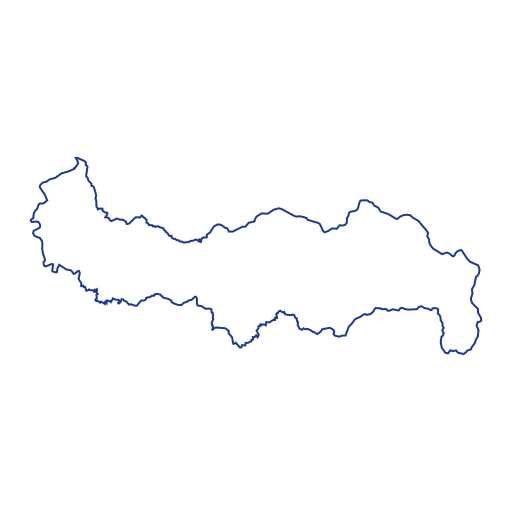 Neira, Caldas, Colombia (Mercator projection)
{"feature_id": "7082276B80634315286729", "entity_name": "Neira", "entity_type": "district", "adm_level": 2, "iso_a3": "COL", "parent_name": "Colombia", "parent_adm1": "Caldas", "projection": "mercator", "projection_center": [-75.515, 5.192], "detail": "fine", "context": "isolated", "style": "outline", "palette": "blue", "viewbox_px": 512, "rotation_deg": 0, "n_neighbors": 0, "source": "geoboundaries", "source_scale": "gbopen_adm2", "svg_char_len": 6005}
<svg xmlns="http://www.w3.org/2000/svg" viewBox="0 0 512 512"><path d="M445.3,352.7L448.0,353.4L450.2,350.3L452.6,351.1L456.1,350.4L457.9,352.7L463.6,354.0L466.0,352.3L467.1,350.7L471.0,349.3L471.6,347.5L475.1,342.6L475.5,340.5L477.8,336.4L478.5,330.1L476.8,326.2L476.7,324.8L477.9,322.0L480.1,321.6L481.3,320.6L481.0,317.9L478.1,312.8L478.0,309.0L472.2,303.1L471.1,300.2L471.0,298.3L472.5,293.5L471.9,289.3L474.3,285.2L476.0,276.8L477.6,275.7L478.9,273.5L479.6,269.5L478.2,265.4L470.1,261.8L466.9,258.3L461.6,250.2L460.4,250.1L457.7,251.1L455.6,253.0L454.5,255.5L453.5,256.2L452.5,256.2L449.8,253.8L447.8,252.8L446.6,252.6L442.2,254.2L433.1,248.6L430.5,245.3L429.2,242.2L429.1,239.4L427.3,236.4L428.0,233.1L426.5,230.5L418.4,220.9L412.6,217.5L410.3,215.3L406.8,214.7L403.4,215.2L400.2,216.6L397.4,218.9L396.2,218.9L388.2,214.0L380.6,211.5L378.2,207.6L374.2,205.6L372.5,202.7L369.5,202.0L367.3,200.3L361.3,200.4L360.3,200.9L359.4,202.6L358.1,207.9L357.1,209.6L355.3,210.9L350.6,211.7L349.0,212.9L348.5,215.5L347.0,218.1L346.8,222.7L345.2,224.8L342.9,225.6L339.8,225.2L336.7,228.8L332.3,228.4L328.2,231.0L324.6,232.3L323.2,231.1L319.8,224.0L318.0,222.9L307.9,219.9L306.4,218.0L303.9,217.2L299.5,216.2L296.9,216.6L294.8,216.2L281.6,209.0L278.6,208.3L273.5,209.8L267.8,213.7L261.6,213.4L256.5,216.6L254.6,220.1L254.5,221.4L248.7,222.8L245.4,226.6L242.5,226.7L232.7,231.6L229.0,231.6L227.3,228.4L225.0,227.7L221.8,225.3L219.2,224.4L217.2,224.6L213.8,226.5L210.1,232.5L206.9,234.6L206.7,237.4L203.4,237.5L201.9,238.4L200.8,242.0L199.4,241.6L200.2,240.5L199.9,239.5L199.3,239.3L198.0,240.6L195.8,239.5L192.6,240.9L190.7,240.9L189.0,242.0L183.5,242.5L181.5,241.5L179.9,241.6L178.6,240.3L176.6,240.1L175.0,238.8L173.7,238.9L172.3,238.1L171.3,236.8L171.4,235.8L169.3,235.9L167.1,232.6L165.5,231.8L165.4,230.9L163.7,229.7L163.4,228.3L159.1,227.0L158.7,226.4L156.3,226.3L155.2,227.0L153.8,225.9L152.8,226.3L152.1,225.2L148.8,225.1L148.0,223.2L146.4,222.5L146.7,219.9L145.6,219.2L144.7,217.7L143.4,217.4L142.1,215.6L141.2,215.8L140.1,217.4L135.6,217.3L129.2,223.5L127.2,224.0L126.6,223.9L126.1,221.8L123.0,219.8L119.3,219.5L116.9,218.5L111.5,221.1L110.0,220.3L108.6,217.8L105.3,217.3L107.1,214.6L107.3,212.8L105.1,212.5L103.1,211.1L102.4,210.3L102.5,208.7L100.6,208.5L97.8,209.3L97.6,207.9L96.5,206.7L96.2,200.4L95.5,198.5L96.2,195.3L94.0,187.5L93.2,186.3L91.5,186.0L91.4,183.6L88.5,180.8L87.7,178.0L86.1,176.2L87.5,166.4L85.7,164.8L86.0,162.9L84.8,161.2L77.8,158.0L75.8,158.1L77.5,160.8L78.2,163.3L75.9,166.8L74.2,168.2L74.5,168.7L68.8,171.3L61.7,173.3L55.2,177.9L49.8,179.3L46.4,181.7L43.0,182.5L40.6,184.6L39.8,186.1L39.9,187.4L44.9,194.8L47.2,200.4L44.1,203.0L42.4,203.6L40.1,203.4L38.8,204.2L37.2,208.7L35.1,210.9L33.7,213.9L33.3,218.1L31.1,219.6L30.7,220.6L31.8,222.0L36.8,221.5L38.7,222.3L40.1,224.7L40.0,227.0L39.3,227.9L33.6,230.9L33.1,233.5L34.6,235.9L40.0,238.1L41.9,240.9L42.4,243.5L42.2,248.7L43.0,253.6L45.0,259.6L44.9,260.5L43.4,262.4L44.0,265.4L44.9,266.2L46.2,266.3L51.0,264.2L52.8,264.1L53.1,264.7L52.2,270.8L52.7,271.5L55.6,272.3L56.9,272.1L57.5,268.3L59.2,264.8L66.1,269.3L71.2,270.5L73.6,273.8L75.4,273.3L77.5,271.2L79.0,271.0L79.8,273.3L78.6,278.3L79.6,280.8L80.9,282.3L81.4,283.7L81.0,285.8L82.2,286.3L83.2,285.7L84.0,287.1L85.1,287.0L86.3,290.7L88.3,290.2L89.1,289.4L90.5,290.2L93.3,290.4L93.9,291.4L94.8,289.7L95.8,290.1L96.8,289.2L97.2,290.3L95.9,291.9L96.7,292.0L97.6,293.9L96.9,293.9L96.4,294.9L96.8,298.4L95.5,299.5L95.4,300.3L96.5,301.1L97.6,300.7L100.1,302.7L100.7,302.4L100.8,301.6L101.3,301.7L104.9,304.0L105.1,303.0L104.3,302.5L106.1,301.0L106.7,302.4L106.9,300.6L108.3,300.6L109.2,301.4L110.3,301.0L111.0,302.0L113.0,298.4L115.3,299.6L118.7,299.9L119.7,301.2L118.1,302.9L118.5,303.4L119.3,303.3L120.8,301.5L121.6,299.2L122.3,299.6L123.2,299.4L124.2,300.7L126.1,301.4L129.2,304.7L130.7,304.2L135.1,305.7L136.8,305.7L141.1,300.6L144.7,300.4L146.2,298.8L146.0,298.1L147.0,297.5L150.0,297.1L152.1,295.6L153.6,295.9L154.5,295.3L154.6,294.4L157.0,293.8L160.4,294.6L161.5,296.1L162.4,296.4L162.9,297.5L168.3,298.9L171.4,300.7L171.5,302.0L173.3,303.2L177.6,304.8L181.2,305.2L184.1,302.6L187.2,301.7L188.3,300.6L191.7,299.8L194.8,296.8L195.8,296.7L196.9,298.2L196.9,302.8L197.5,305.5L201.2,306.0L205.6,308.8L209.0,308.6L211.3,309.1L211.7,312.3L212.6,312.7L212.4,313.7L213.2,314.9L212.7,318.0L213.3,318.9L211.6,323.3L212.2,324.3L212.1,325.6L213.0,326.2L212.6,328.9L211.8,330.3L214.9,327.9L216.2,327.5L225.4,328.3L228.8,331.0L228.7,333.4L232.1,337.3L233.2,343.7L234.1,343.8L235.7,342.7L240.1,347.7L241.4,347.3L242.0,345.2L245.3,345.4L245.6,343.0L248.1,342.8L251.5,341.1L251.4,339.9L253.0,339.4L252.8,337.1L254.5,337.2L256.1,335.3L257.6,337.3L258.7,334.7L256.6,330.6L258.4,328.4L258.4,326.3L259.6,325.6L260.4,326.0L260.6,324.2L262.3,324.8L263.7,324.3L265.8,325.3L266.3,322.1L269.4,322.4L272.9,320.1L274.9,320.0L274.6,318.5L275.1,317.7L276.1,318.3L277.1,318.0L276.2,314.1L277.1,313.0L277.8,313.2L278.6,311.6L280.0,310.7L283.7,312.8L284.2,312.1L285.5,314.5L291.3,315.2L292.9,314.5L294.4,315.3L295.0,317.4L296.9,318.6L296.6,319.6L297.5,321.0L297.2,321.6L298.1,322.8L297.6,324.9L299.6,328.8L302.0,329.8L303.4,328.3L305.5,329.3L307.0,328.9L308.7,329.3L311.5,330.7L312.6,331.9L313.7,331.9L317.3,334.1L320.9,331.4L322.1,329.3L329.6,327.8L332.1,328.9L333.8,330.5L334.2,331.9L333.5,334.0L333.9,334.7L335.4,335.8L339.3,336.7L341.8,335.7L345.5,335.5L348.7,326.7L351.5,324.0L355.1,319.2L360.5,316.7L363.6,314.5L365.1,314.1L366.9,314.9L370.7,314.0L373.5,311.3L374.9,308.5L375.6,308.1L380.2,308.3L382.3,309.2L386.0,309.0L387.7,310.7L389.3,310.7L392.7,309.3L398.6,310.5L400.4,308.2L401.8,307.8L405.5,309.2L408.4,309.6L417.0,309.2L418.7,307.0L421.3,306.2L424.5,308.1L428.5,308.8L430.7,310.2L431.6,310.0L432.3,308.7L433.4,308.1L436.1,308.2L437.6,308.7L438.2,309.8L437.8,313.6L439.5,315.0L440.5,317.1L440.7,320.4L442.4,322.9L442.6,325.9L443.7,327.9L442.3,329.8L442.8,332.0L443.7,332.7L443.5,334.1L442.8,335.7L441.5,336.7L440.7,342.4L441.8,347.7L445.3,352.7Z" fill="none" stroke="#1e3a8a" stroke-width="2"/></svg>